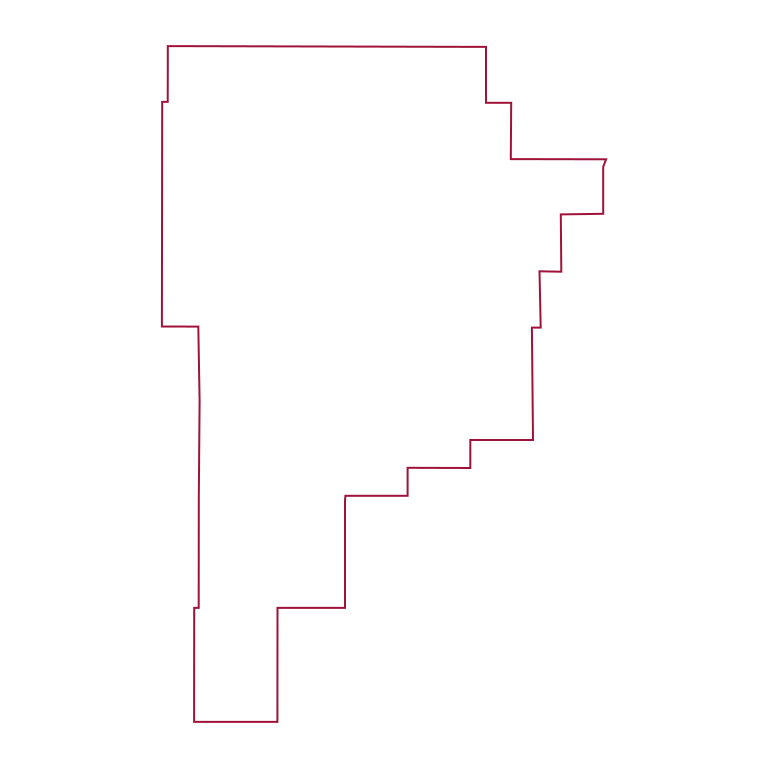 Sweet Grass, Montana, United States of America (Natural Earth projection)
{"feature_id": "52423323B34520294903194", "entity_name": "Sweet Grass", "entity_type": "district", "adm_level": 2, "iso_a3": "USA", "parent_name": "United States of America", "parent_adm1": "Montana", "projection": "natural_earth1", "projection_center": [-109.875, 45.696], "detail": "fine", "context": "isolated", "style": "outline", "palette": "rose", "viewbox_px": 768, "rotation_deg": 0, "n_neighbors": 0, "source": "geoboundaries", "source_scale": "gbopen_adm2", "svg_char_len": 532}
<svg xmlns="http://www.w3.org/2000/svg" viewBox="0 0 768 768"><path d="M277.4,721.9L277.5,607.9L345.0,607.9L345.0,500.8L345.4,495.8L407.6,495.8L407.6,467.8L470.3,468.0L470.3,440.0L533.0,440.0L531.9,327.6L540.7,327.6L539.5,271.3L561.3,271.7L560.8,214.4L603.2,213.8L603.2,166.8L606.1,159.3L510.8,159.1L511.2,102.8L486.0,102.8L486.0,46.9L167.8,46.1L167.8,69.4L167.7,101.9L162.2,101.9L161.9,326.5L198.3,326.6L199.6,401.0L198.8,497.5L198.7,607.9L194.2,607.9L194.1,721.9L277.4,721.9Z" fill="none" stroke="#9f1239" stroke-width="2"/></svg>